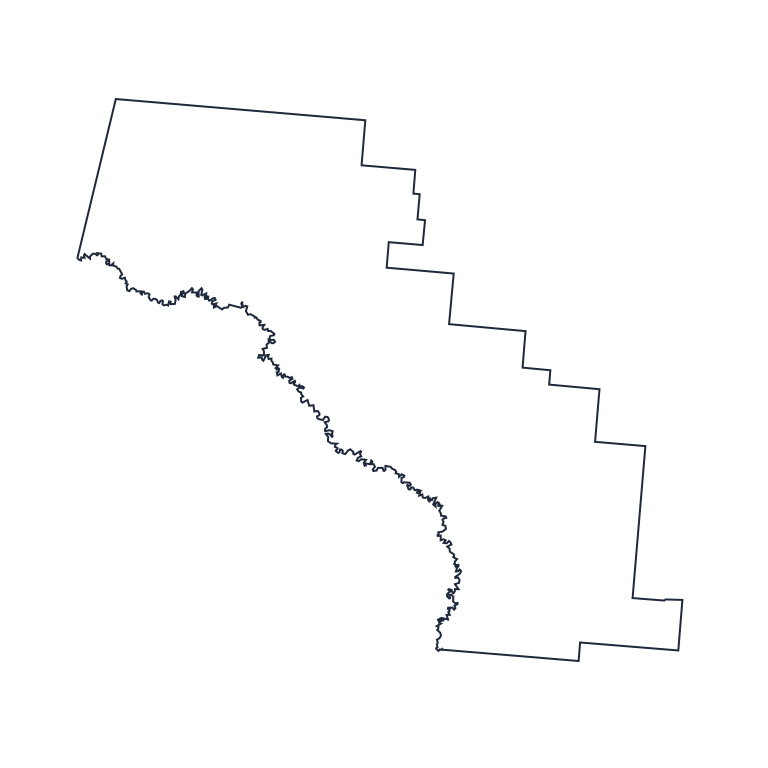 outline of Aguirre, Santiago del Estero, Argentina, rotated 185°
{"feature_id": "61730980B73101966705720", "entity_name": "Aguirre", "entity_type": "district", "adm_level": 2, "iso_a3": "ARG", "parent_name": "Argentina", "parent_adm1": "Santiago del Estero", "projection": "orthographic", "projection_center": [-62.375, -29.263], "detail": "fine", "context": "isolated", "style": "outline", "palette": "slate", "viewbox_px": 768, "rotation_deg": 185, "n_neighbors": 0, "source": "geoboundaries", "source_scale": "gbopen_adm2", "svg_char_len": 6162}
<svg xmlns="http://www.w3.org/2000/svg" viewBox="0 0 768 768"><g transform="rotate(185 384 384)"><path d="M302.2,124.4L166.0,125.0L166.1,143.6L67.6,144.2L67.9,194.9L84.8,193.9L85.9,192.7L117.7,192.4L118.2,344.9L168.7,344.8L168.9,397.6L219.4,397.8L219.5,412.2L247.4,412.4L247.6,449.0L324.4,449.3L324.2,500.1L391.5,500.1L391.6,525.7L357.6,525.8L357.4,550.8L365.0,550.9L365.0,576.2L371.3,576.2L371.5,600.0L425.4,599.9L425.6,645.1L676.0,644.5L700.4,482.9L698.5,481.1L696.5,480.7L696.6,483.7L693.4,483.6L694.1,485.8L693.6,487.3L687.8,483.3L688.0,485.4L685.6,488.3L683.3,488.6L681.0,487.2L680.3,487.9L680.9,489.4L677.1,489.2L676.4,486.6L673.0,486.9L671.7,484.4L668.6,484.0L668.6,482.6L671.3,482.0L671.4,480.2L670.5,479.0L668.2,480.5L668.1,478.4L666.4,478.2L664.2,480.6L664.2,478.4L660.7,477.5L659.2,475.6L657.9,475.7L654.4,470.5L656.0,468.4L656.2,466.6L654.3,466.0L651.4,467.3L650.8,465.2L649.2,463.6L650.2,461.8L648.0,460.9L649.0,458.8L647.9,455.0L645.8,454.3L644.2,456.8L642.2,457.6L639.1,455.9L638.7,454.7L634.4,455.1L634.4,452.9L633.1,452.1L632.8,454.9L631.4,455.2L630.2,453.1L626.8,453.8L625.4,452.8L626.0,450.0L623.8,447.1L622.7,446.8L621.3,448.7L619.7,449.0L617.6,448.0L616.0,445.2L615.0,445.0L614.0,447.2L612.4,448.0L611.4,447.3L611.7,444.3L610.3,443.1L607.6,444.0L605.9,443.4L605.3,447.6L603.7,447.4L604.3,445.7L603.5,444.9L599.3,445.6L598.9,449.3L600.2,452.9L599.3,453.1L596.2,450.5L595.9,453.6L594.5,454.8L594.3,458.0L591.9,459.0L591.3,457.3L592.8,456.1L593.0,453.9L589.9,453.3L589.9,456.8L586.1,459.6L583.7,462.7L582.6,461.6L583.3,458.5L578.3,458.8L578.5,455.9L577.5,454.9L576.2,454.9L576.8,460.3L574.1,463.5L573.2,462.2L573.8,456.8L573.1,456.4L569.0,458.7L569.0,456.8L570.3,455.4L569.9,453.2L568.7,453.2L568.5,455.4L567.6,455.9L566.7,455.8L566.7,453.3L565.2,451.7L561.3,454.8L559.7,454.7L559.1,453.1L562.2,451.4L562.6,449.2L561.9,448.4L558.0,449.6L558.4,448.5L560.2,447.8L560.1,445.4L557.2,447.0L551.9,444.2L550.1,445.9L546.2,446.6L545.1,449.5L533.2,447.5L531.8,448.4L533.2,451.7L532.1,453.7L532.3,451.4L530.7,448.6L528.7,449.8L527.0,449.4L527.9,444.6L525.5,441.1L523.2,441.9L521.1,441.1L518.4,439.7L518.4,438.8L516.8,439.1L515.6,437.2L512.5,436.1L512.2,435.1L513.5,434.4L513.1,431.6L508.5,432.4L510.0,429.5L509.5,428.1L507.6,427.5L504.7,428.7L504.1,426.7L501.4,426.9L497.5,424.3L497.9,423.0L501.5,421.9L502.2,419.1L500.6,418.1L497.6,418.4L496.2,416.6L497.6,415.1L499.3,414.8L502.7,417.5L502.4,414.9L504.4,413.1L503.8,409.8L508.0,408.4L506.4,405.9L506.1,402.1L511.0,401.9L511.5,399.2L508.2,399.9L507.4,397.4L506.2,396.6L503.8,402.5L501.4,402.9L502.0,401.2L501.1,398.9L498.3,399.5L498.3,397.5L496.7,395.9L496.1,393.8L491.2,393.3L493.4,390.3L492.0,389.1L491.3,390.7L489.8,390.1L490.1,386.8L491.9,386.2L490.9,383.3L487.6,385.5L486.4,382.2L485.3,381.4L484.8,384.6L483.9,385.0L483.0,382.8L480.1,382.8L478.5,381.7L476.4,382.8L475.7,381.2L478.7,379.0L478.2,376.9L476.8,376.6L473.2,379.4L472.7,378.2L473.9,376.2L473.4,375.4L469.1,374.3L468.1,375.7L467.3,374.2L464.9,374.6L463.4,373.5L463.9,372.5L467.7,373.2L470.1,371.1L468.5,369.1L465.8,368.3L465.7,366.8L463.4,364.6L465.5,363.1L464.9,359.2L463.6,358.4L458.8,361.4L456.6,355.8L452.4,356.7L451.0,350.5L447.9,351.4L445.7,349.2L445.7,347.3L447.8,346.0L447.8,344.7L446.2,343.4L441.7,342.8L439.8,346.3L437.4,346.2L436.3,345.0L435.7,343.5L436.2,341.9L439.7,340.8L437.0,337.4L437.0,335.9L438.6,334.5L438.9,332.7L438.3,331.8L434.6,333.2L431.0,332.5L431.4,329.8L430.7,327.3L431.3,326.8L433.1,329.0L435.5,329.8L437.6,329.1L435.0,326.5L434.9,322.3L431.8,320.3L425.8,320.4L427.1,319.3L427.5,317.1L424.8,316.2L424.6,315.2L426.3,313.4L425.7,312.6L423.4,311.3L422.3,312.4L422.0,315.0L420.4,314.9L419.3,314.0L419.4,311.5L416.5,310.7L414.0,314.7L411.9,316.0L408.6,313.7L408.5,311.7L407.2,311.1L401.6,315.1L401.0,314.6L401.8,312.1L400.4,310.0L403.7,308.1L404.5,305.4L402.4,304.9L400.0,307.1L395.3,306.9L397.3,303.5L396.1,300.8L395.0,301.2L395.8,302.7L395.3,303.3L391.0,302.9L390.0,306.7L388.8,305.7L389.5,303.1L387.3,303.3L385.8,300.7L387.7,297.9L387.0,296.4L383.7,297.2L382.9,299.7L382.0,300.0L378.1,300.3L377.0,297.6L376.2,297.4L375.1,298.6L375.4,302.5L370.1,302.1L368.5,300.3L365.5,299.3L364.2,297.7L364.6,296.1L361.3,295.4L360.9,292.9L358.5,295.6L355.7,294.5L356.1,293.0L358.3,292.1L358.1,287.7L356.4,286.9L355.7,287.8L349.8,287.9L348.6,286.4L348.9,285.6L349.7,284.8L351.8,285.5L352.1,284.9L350.3,281.2L348.4,281.4L348.1,283.2L347.0,283.4L345.8,283.3L344.2,280.9L341.4,281.7L338.8,281.1L341.2,279.9L341.7,278.6L340.1,278.2L338.6,279.2L339.2,275.9L336.2,277.3L335.5,274.3L333.2,274.0L330.2,275.7L330.1,272.5L328.6,270.9L327.8,271.9L328.7,273.1L328.3,274.0L327.3,272.6L326.1,272.5L325.6,274.4L322.1,275.3L324.5,268.3L321.9,266.4L322.4,269.5L320.3,271.0L319.3,270.6L319.4,267.4L318.6,267.2L317.9,268.8L317.0,267.6L315.4,267.7L317.9,262.6L316.2,260.3L315.8,257.9L310.9,257.4L310.3,256.1L313.0,255.1L313.9,253.8L312.7,251.9L313.4,248.7L310.5,248.1L309.7,245.0L312.5,242.3L317.0,240.9L316.4,239.8L317.5,238.2L317.2,237.3L314.3,237.9L313.9,233.3L311.1,234.5L309.0,233.7L310.7,230.9L307.6,230.8L305.6,233.3L304.1,232.2L302.8,230.0L306.8,227.5L304.3,225.6L303.8,222.7L299.5,220.4L299.1,219.0L299.9,217.6L296.0,215.9L298.1,213.1L297.7,211.6L298.4,210.8L296.5,209.9L294.2,210.4L293.8,209.5L294.3,208.4L296.5,208.2L295.3,206.8L296.0,203.5L294.0,203.9L292.5,205.8L290.9,204.3L291.8,201.7L296.3,197.9L296.0,197.0L293.3,197.6L291.6,195.2L291.9,192.5L295.9,190.7L291.8,186.1L295.5,185.8L295.3,183.9L296.5,181.7L297.5,181.9L298.7,184.7L301.4,185.3L302.0,184.7L300.1,183.0L302.8,180.2L302.6,177.9L300.3,176.0L299.5,176.4L300.6,179.6L298.5,179.9L296.4,178.1L296.2,173.4L293.9,171.7L291.7,172.3L291.5,171.2L294.5,169.3L293.3,167.0L294.5,165.3L296.4,167.2L300.6,166.7L300.7,165.6L298.7,165.8L299.4,164.4L299.0,163.1L300.1,162.3L298.4,159.8L301.5,159.4L299.7,155.0L306.3,156.0L309.7,153.9L308.9,152.8L307.3,154.2L304.2,154.5L304.2,153.7L308.4,152.3L308.3,151.1L306.3,150.3L310.3,147.4L308.6,146.8L308.6,144.9L309.6,143.7L306.3,141.1L305.3,138.4L306.5,135.7L309.0,133.9L307.9,130.9L308.7,129.0L307.8,126.4L309.0,125.4L308.8,124.6L306.4,122.9L305.2,124.5L303.4,124.1L302.9,125.1L302.2,124.4Z" fill="none" stroke="#1e293b" stroke-width="2"/></g></svg>